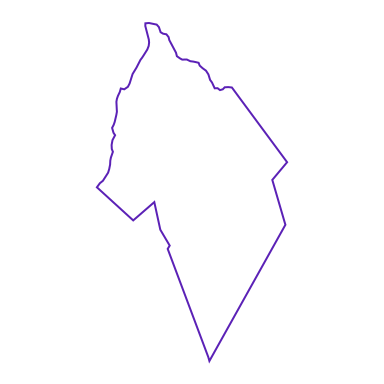 the district of Antônio Almeida, Piauí, Brazil
{"feature_id": "56859067B34563104892599", "entity_name": "Antônio Almeida", "entity_type": "district", "adm_level": 2, "iso_a3": "BRA", "parent_name": "Brazil", "parent_adm1": "Piauí", "projection": "equal_earth", "projection_center": [-44.257, -7.232], "detail": "fine", "context": "isolated", "style": "outline", "palette": "violet", "viewbox_px": 384, "rotation_deg": 0, "n_neighbors": 0, "source": "geoboundaries", "source_scale": "gbopen_adm2", "svg_char_len": 1036}
<svg xmlns="http://www.w3.org/2000/svg" viewBox="0 0 384 384"><path d="M120.8,88.5L119.8,92.0L117.9,96.0L116.9,98.9L116.4,101.8L116.9,111.8L116.3,115.1L114.7,121.9L113.7,124.8L112.1,127.9L113.5,132.8L115.1,135.2L112.5,140.1L111.6,145.0L111.8,149.0L112.9,151.8L110.9,157.6L110.3,160.6L110.1,164.6L109.2,169.1L108.1,172.7L102.9,180.8L99.9,183.2L96.9,187.3L133.2,220.4L154.3,202.1L160.3,229.7L169.7,245.6L167.7,248.9L208.3,357.1L209.4,361.0L285.4,224.8L272.3,179.9L287.1,162.2L241.1,100.0L231.9,87.5L228.4,87.1L224.7,87.3L222.8,89.3L220.0,90.1L217.6,88.2L214.7,88.3L212.0,82.5L210.1,79.9L208.4,74.4L206.0,70.7L202.6,68.2L199.7,65.6L198.6,62.8L196.6,62.3L193.4,61.6L190.3,61.2L186.8,59.5L182.2,59.6L180.0,58.4L176.9,56.2L176.0,52.7L169.3,40.1L168.6,37.1L166.4,34.3L163.1,33.7L160.6,32.2L158.9,27.1L156.7,24.6L149.0,23.0L145.4,23.3L145.3,26.0L148.8,39.5L149.1,42.5L148.7,45.9L147.3,49.5L143.6,55.4L142.1,57.7L140.5,59.8L136.5,67.6L132.6,74.0L129.6,83.5L127.9,86.8L124.3,89.3L120.8,88.5Z" fill="none" stroke="#5b21b6" stroke-width="2"/></svg>